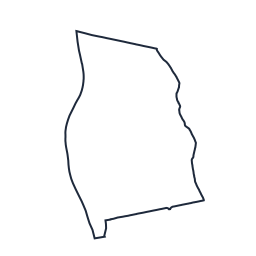 Sliedrecht, Zuid-Holland, Netherlands, rotated 81°
{"feature_id": "6326949B68381004062168", "entity_name": "Sliedrecht", "entity_type": "district", "adm_level": 2, "iso_a3": "NLD", "parent_name": "Netherlands", "parent_adm1": "Zuid-Holland", "projection": "albers", "projection_center": [4.773, 51.831], "detail": "fine", "context": "isolated", "style": "outline", "palette": "slate", "viewbox_px": 256, "rotation_deg": 81, "n_neighbors": 0, "source": "geoboundaries", "source_scale": "gbopen_adm2", "svg_char_len": 5143}
<svg xmlns="http://www.w3.org/2000/svg" viewBox="0 0 256 256"><g transform="rotate(81 128 128)"><path d="M231.8,178.2L231.7,168.0L231.0,168.2L230.8,168.3L224.8,165.8L223.6,165.3L219.4,164.8L215.7,164.7L215.7,159.6L215.4,159.5L215.4,157.5L215.4,157.2L215.4,156.7L215.3,155.8L215.2,155.4L215.2,154.9L215.1,154.5L215.1,154.2L215.0,153.5L214.9,153.2L214.9,152.8L214.8,152.4L214.8,147.8L214.8,146.9L214.7,144.8L214.7,141.5L214.5,139.3L214.5,138.5L214.3,134.0L214.3,133.2L214.2,133.0L214.1,131.1L214.0,126.3L213.8,122.9L213.7,119.9L213.6,117.9L213.5,115.9L213.4,112.6L213.3,110.7L213.2,109.0L213.2,107.7L213.1,105.6L213.0,103.6L212.9,102.8L213.0,102.6L213.0,102.4L213.1,102.0L213.3,101.6L213.4,101.3L213.8,100.9L214.0,100.7L214.4,100.4L214.6,100.3L214.7,100.2L214.7,99.2L214.4,99.2L213.2,97.6L213.1,97.3L213.0,97.1L212.9,96.8L212.8,96.6L212.7,96.3L212.7,96.1L212.7,94.5L212.4,88.7L212.4,87.6L212.3,86.9L212.2,84.0L212.1,81.2L212.1,80.9L212.1,80.1L212.0,79.3L212.0,78.9L212.0,78.7L212.0,78.3L212.0,77.9L212.0,77.6L211.9,77.1L211.9,76.7L211.8,76.3L211.8,75.9L211.7,74.7L211.8,74.2L211.7,73.7L211.7,72.1L211.6,69.8L211.5,68.4L211.4,65.6L211.3,64.5L211.2,64.5L210.9,64.5L210.7,64.4L209.7,64.6L208.3,64.9L206.8,65.5L206.3,65.6L205.1,66.1L204.6,66.2L203.5,66.5L201.5,67.2L201.0,67.3L199.8,67.6L198.9,68.0L197.5,68.5L195.6,69.1L194.8,69.3L194.7,69.3L194.2,69.4L193.4,69.6L192.7,69.8L191.6,70.1L191.2,70.1L190.1,70.1L189.3,70.0L188.4,70.0L188.2,70.0L187.5,70.1L186.7,70.2L186.4,70.2L186.1,70.2L185.9,70.2L185.7,70.1L185.2,70.2L184.3,70.2L183.6,70.3L182.0,70.2L180.2,70.2L178.8,70.3L176.9,70.3L176.6,70.3L175.9,70.3L175.4,70.3L175.1,70.2L173.4,70.3L173.1,70.3L172.9,70.3L172.7,70.3L171.3,70.2L170.1,70.1L169.7,70.1L169.2,69.9L168.9,69.8L168.8,69.7L168.6,69.5L168.4,69.4L168.1,69.2L167.9,68.9L167.6,68.5L167.4,68.4L167.0,68.1L166.9,68.0L166.4,67.9L166.2,67.8L165.5,67.7L164.9,67.5L163.9,67.1L163.6,67.0L162.2,66.4L161.6,66.2L160.9,65.9L159.8,65.4L159.4,65.3L158.3,64.9L158.1,64.7L157.6,64.5L156.9,64.3L155.6,63.9L154.1,63.5L153.8,63.4L153.5,63.3L153.4,63.3L153.0,63.3L152.9,63.3L152.7,63.4L151.3,63.7L150.1,63.9L149.5,64.1L148.5,64.3L148.3,64.4L147.9,64.5L146.3,65.1L144.9,65.6L144.6,65.7L144.2,65.9L143.8,66.0L143.4,66.0L142.6,66.3L142.2,66.3L141.9,66.4L141.5,66.6L141.2,66.6L140.0,67.1L139.8,67.2L139.7,67.2L139.6,67.3L139.4,67.4L139.1,67.5L138.9,67.5L138.6,67.6L138.3,67.7L138.1,67.9L137.9,68.0L137.6,68.4L137.1,68.8L137.0,69.0L136.8,69.2L136.5,69.5L135.2,70.8L134.6,71.2L134.2,71.3L133.9,71.3L133.6,71.3L133.1,71.3L132.8,71.3L132.4,71.2L131.6,71.3L131.4,71.3L130.9,71.4L129.4,72.0L129.1,72.1L128.2,72.7L127.8,72.8L127.5,72.9L126.3,73.3L126.0,73.4L125.1,73.6L124.6,73.8L123.8,74.1L122.1,74.6L121.6,74.7L121.3,74.7L120.1,74.7L119.1,74.6L118.9,74.6L118.6,74.7L118.2,74.6L117.8,74.6L117.7,74.5L117.5,74.4L117.1,74.3L116.7,74.1L116.2,73.8L115.9,73.6L115.6,73.4L115.4,73.3L115.1,73.2L114.8,73.1L114.5,73.1L114.0,73.2L113.9,73.2L113.7,73.3L113.4,73.4L113.0,73.5L112.8,73.5L112.6,73.6L111.5,73.9L111.4,74.1L110.9,74.3L110.4,74.2L109.4,74.7L107.9,75.1L107.5,75.1L106.8,75.1L106.7,75.1L106.4,75.1L105.9,75.2L104.9,75.2L104.7,75.2L104.4,75.2L102.7,74.9L101.9,74.8L101.3,74.6L101.2,74.4L100.6,74.0L100.3,73.8L100.2,73.7L99.6,73.3L99.2,73.1L98.8,72.9L98.6,72.8L98.0,72.5L97.8,72.4L97.6,72.3L97.5,72.2L96.4,71.7L95.9,71.3L95.4,71.2L94.9,71.1L94.1,70.9L93.9,70.9L93.0,70.6L92.2,70.3L91.6,70.2L91.2,70.3L90.7,70.4L85.5,72.1L85.3,72.1L85.2,72.2L84.8,72.3L84.7,72.4L84.2,72.6L82.9,73.1L82.4,73.4L81.8,73.6L81.0,74.1L80.7,74.3L80.3,74.4L78.6,75.2L77.9,75.4L77.3,75.6L76.8,75.8L75.3,76.3L74.1,76.9L73.3,77.2L72.9,77.4L71.5,78.1L71.4,78.1L69.1,79.5L68.9,79.6L66.5,81.8L66.3,82.1L64.0,83.4L62.6,84.2L60.3,85.3L59.4,85.6L58.1,86.2L57.6,86.4L57.2,86.7L56.1,87.1L55.5,87.3L55.3,87.3L55.0,87.3L54.7,87.2L54.4,87.1L54.1,87.4L53.4,89.4L52.5,91.6L51.2,95.0L49.4,99.9L48.9,101.1L48.3,102.6L48.1,103.1L47.5,104.7L46.6,107.2L46.4,107.5L46.3,107.8L45.3,110.4L45.0,111.2L44.6,112.3L44.1,113.5L43.5,115.1L42.2,118.3L41.3,120.7L37.5,130.7L37.0,132.0L35.9,135.0L35.2,136.7L34.1,139.5L33.2,142.1L30.6,149.1L27.7,155.6L24.2,163.8L34.9,164.3L40.2,164.3L43.7,164.3L45.2,164.2L47.9,164.0L56.9,163.5L57.3,163.4L57.6,163.3L58.2,163.3L58.9,163.3L60.3,163.3L64.8,163.3L65.4,163.3L67.4,163.4L68.5,163.5L69.3,163.6L70.8,163.8L71.8,164.0L72.7,164.1L73.2,164.3L75.4,164.8L76.4,165.1L78.8,165.8L79.8,166.2L80.7,166.5L81.6,166.9L83.5,167.7L83.9,167.9L84.5,168.2L85.2,168.6L87.6,169.9L88.1,170.2L88.6,170.6L89.5,171.2L90.2,171.8L91.2,172.5L91.8,173.1L95.5,176.0L99.3,178.6L102.8,181.1L106.6,183.8L110.4,185.9L114.1,187.7L117.7,189.2L118.2,189.3L118.5,189.4L120.1,189.9L121.4,190.3L122.1,190.4L122.9,190.6L124.7,190.8L127.4,191.2L128.2,191.4L130.6,191.8L131.4,191.9L132.0,191.9L134.8,192.1L136.1,192.1L137.4,192.1L140.4,192.0L143.2,191.9L144.9,191.9L148.1,192.0L150.9,192.1L151.9,192.2L154.7,192.5L158.5,192.7L159.4,192.7L162.0,192.7L165.6,192.4L169.3,192.0L172.7,191.3L174.1,191.0L174.4,190.9L180.1,189.3L186.9,187.2L193.2,185.2L197.8,184.0L199.9,183.5L201.0,183.2L203.2,182.7L208.8,182.0L211.6,181.6L216.1,180.9L223.1,179.0L224.2,178.9L231.8,178.2Z" fill="none" stroke="#1e293b" stroke-width="2"/></g></svg>